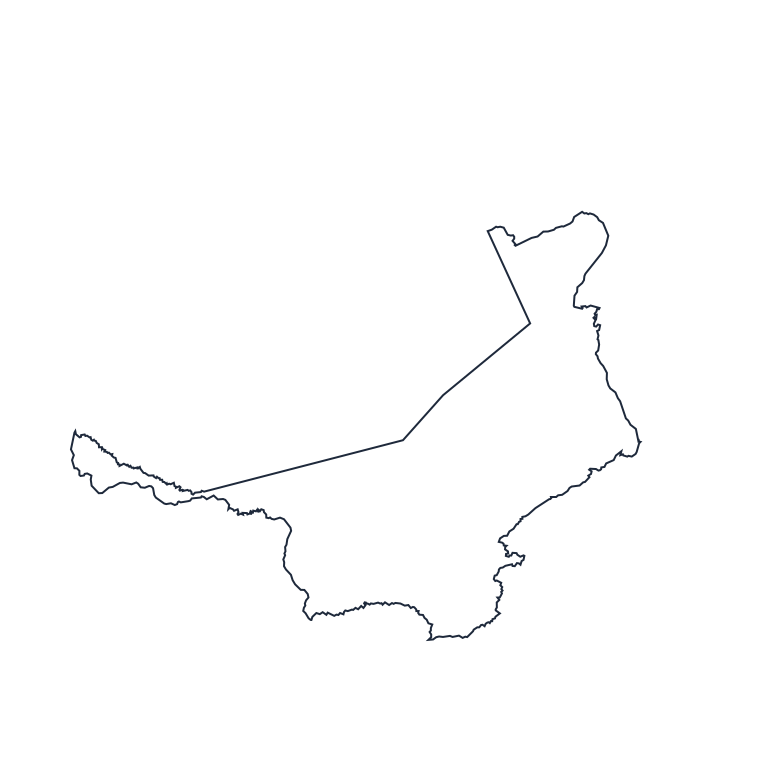 the district of Landázuri, Santander, Colombia, rotated 26°
{"feature_id": "7082276B67983395238238", "entity_name": "Landázuri", "entity_type": "district", "adm_level": 2, "iso_a3": "COL", "parent_name": "Colombia", "parent_adm1": "Santander", "projection": "mercator", "projection_center": [-73.893, 6.365], "detail": "fine", "context": "isolated", "style": "outline", "palette": "slate", "viewbox_px": 768, "rotation_deg": 26, "n_neighbors": 0, "source": "geoboundaries", "source_scale": "gbopen_adm2", "svg_char_len": 6165}
<svg xmlns="http://www.w3.org/2000/svg" viewBox="0 0 768 768"><g transform="rotate(26 384 384)"><path d="M536.1,594.5L540.1,592.1L541.9,588.7L544.2,586.8L547.9,585.5L553.7,581.5L556.5,581.3L561.7,577.3L566.0,577.7L567.8,575.5L569.7,575.0L572.4,567.2L572.3,565.5L574.5,561.8L576.3,560.9L576.9,558.1L578.1,557.2L580.6,557.6L580.5,554.9L581.5,553.1L582.6,552.2L583.9,552.5L584.1,550.1L585.2,549.7L584.6,547.8L586.5,546.0L586.2,544.3L588.7,539.4L583.7,538.5L583.2,537.7L583.4,535.4L581.1,530.9L582.3,527.5L579.6,526.2L581.6,525.1L581.7,524.2L581.8,520.5L580.5,519.5L581.1,517.7L579.4,516.9L579.3,514.7L576.8,513.9L576.5,511.3L571.5,511.2L570.4,512.3L568.2,511.2L567.5,507.7L569.1,506.4L569.3,502.3L568.6,500.3L569.2,498.3L571.2,496.9L572.8,494.2L578.1,489.9L579.3,491.2L581.4,490.4L582.0,486.7L583.9,486.1L585.9,486.6L585.3,482.8L586.5,480.9L585.5,476.9L584.5,476.9L582.2,479.5L578.7,479.0L577.3,477.9L573.5,479.4L573.6,482.4L572.1,483.1L571.9,484.6L568.9,485.1L568.2,483.2L569.9,481.9L568.8,480.1L565.3,479.6L564.4,477.4L565.0,475.7L562.4,476.6L561.4,475.1L559.7,474.8L556.4,475.6L556.0,471.9L558.3,468.0L561.2,466.4L561.3,461.6L563.9,457.3L564.6,451.9L565.7,451.3L565.8,448.7L566.9,447.5L565.9,445.5L567.5,444.5L566.6,442.8L569.1,440.9L570.9,438.1L574.5,429.2L582.9,415.2L583.9,414.5L584.3,413.2L583.6,412.4L588.3,410.1L589.3,407.7L592.7,405.5L595.9,399.7L596.3,396.1L597.6,393.9L604.3,389.5L606.1,385.1L607.6,383.9L609.5,377.7L607.8,376.8L609.5,374.1L608.9,371.5L606.0,371.1L606.4,369.8L611.8,367.5L614.7,367.8L615.9,366.8L616.5,365.5L615.9,363.7L618.5,361.9L618.5,358.0L623.8,351.7L623.8,346.6L626.8,340.4L627.6,344.4L629.5,342.5L630.4,343.3L634.5,342.6L635.2,341.4L638.5,340.6L640.8,336.6L640.9,334.4L639.3,325.4L639.9,323.6L638.5,323.9L637.8,323.1L637.6,323.7L630.1,314.0L623.4,312.6L619.5,309.8L616.5,308.9L603.8,296.0L600.4,294.2L595.7,290.1L589.3,288.8L586.4,286.9L582.1,282.1L579.5,276.3L573.1,271.7L569.5,270.3L565.1,267.3L563.8,265.5L561.3,264.3L560.8,262.9L561.8,260.0L560.1,254.3L557.4,250.5L556.3,250.2L555.5,246.4L552.3,243.0L553.7,241.2L552.5,236.4L550.3,236.7L549.5,239.4L547.6,239.8L546.2,237.9L546.1,233.8L543.3,232.7L543.7,231.6L546.0,232.1L544.8,228.5L543.6,229.4L542.5,228.5L543.2,226.0L542.7,223.5L544.4,222.5L544.4,221.2L535.3,222.9L532.5,226.4L530.9,225.7L527.7,227.7L529.2,228.7L529.1,229.5L521.3,231.2L520.3,230.5L516.5,221.1L517.2,216.6L515.4,212.3L517.9,206.4L518.2,203.0L516.8,199.1L516.7,196.5L522.4,170.7L522.7,162.1L520.6,152.4L510.2,143.2L505.3,142.6L502.5,140.6L498.1,139.8L494.3,140.4L493.2,141.8L491.0,141.7L489.3,142.9L486.6,142.4L481.7,150.5L482.2,155.3L480.9,158.2L476.3,163.8L474.7,164.3L470.1,168.3L469.1,170.9L464.6,175.0L460.4,177.2L457.4,184.1L452.6,188.0L441.6,202.1L440.6,201.8L440.8,200.7L436.8,199.0L437.3,196.3L436.5,194.6L434.8,193.7L432.9,195.0L429.8,195.7L423.1,191.0L419.5,191.7L417.4,193.3L415.8,193.5L413.2,198.1L410.2,201.1L488.8,265.5L442.0,368.2L425.7,426.2L269.5,559.6L266.9,559.9L266.8,561.4L261.8,564.5L260.9,567.1L259.1,567.0L258.4,565.6L256.5,564.6L255.3,565.6L253.9,565.3L250.3,568.2L250.2,567.4L249.3,567.4L247.3,569.3L246.5,568.9L246.4,566.0L244.9,565.6L242.5,568.5L242.1,567.5L240.5,567.6L238.4,564.9L236.2,567.6L234.6,567.8L233.2,569.4L232.3,568.5L232.1,569.2L229.5,568.4L228.0,569.0L226.6,567.3L224.8,568.3L223.6,567.0L222.6,567.5L220.6,566.9L220.4,568.5L217.6,568.1L216.9,567.2L212.6,569.5L208.4,568.8L206.8,569.3L202.2,567.0L200.9,565.6L199.9,567.8L199.3,568.0L198.9,567.1L196.0,569.6L195.4,569.0L193.8,569.9L192.0,568.7L191.3,570.1L189.0,568.9L188.4,569.3L189.5,570.0L185.1,569.7L182.2,573.6L181.5,572.3L180.1,572.8L179.6,571.5L178.2,571.6L175.1,568.1L173.4,568.5L170.9,567.8L170.5,566.1L169.2,567.1L166.8,566.3L165.8,567.1L164.6,566.5L162.3,567.3L162.3,565.6L159.8,565.8L159.0,565.1L158.9,566.0L158.0,564.5L155.6,565.8L154.1,563.2L151.6,562.9L149.9,561.5L148.4,561.9L147.7,561.3L147.0,562.6L145.3,562.4L143.6,560.4L142.9,561.1L139.8,560.6L138.4,561.6L137.1,560.6L134.2,562.7L134.8,564.4L133.8,565.4L129.1,564.2L127.2,561.7L127.1,563.4L131.3,580.0L136.4,583.9L137.0,589.2L142.7,595.4L145.0,594.4L148.3,595.6L150.0,599.2L151.6,599.7L154.4,597.8L154.4,596.0L156.5,594.5L161.2,594.6L162.3,598.4L165.8,603.6L175.5,607.2L178.6,605.5L182.1,597.7L185.3,595.4L190.0,588.7L192.7,587.0L201.1,584.8L204.5,581.1L206.8,581.4L210.6,583.5L214.5,582.1L217.6,578.6L219.8,578.0L222.1,578.9L226.2,584.5L228.7,586.1L238.9,587.8L240.9,587.4L244.8,584.6L249.0,584.5L250.7,582.7L250.5,580.5L251.2,579.5L253.2,579.5L259.6,575.0L260.9,573.8L261.4,571.1L269.2,566.3L269.3,564.9L271.6,564.5L275.2,565.3L279.8,558.9L285.3,560.6L289.8,557.9L292.2,557.7L297.8,560.5L299.0,564.7L299.6,563.0L303.3,562.9L304.8,563.7L307.4,560.8L309.4,563.0L309.3,565.0L310.3,565.6L312.2,563.3L314.6,563.2L313.4,561.8L317.4,560.1L318.4,561.1L320.1,559.3L321.5,559.0L321.8,557.9L319.9,557.8L319.8,556.7L322.5,556.8L322.0,555.1L324.7,554.6L325.0,553.0L326.9,553.9L327.3,553.6L326.2,552.0L328.3,552.5L328.6,550.4L331.1,550.1L332.3,551.8L335.3,552.9L336.8,555.7L339.2,555.1L340.1,553.9L342.1,554.5L344.7,553.9L349.1,549.7L353.4,549.4L362.9,554.1L364.9,556.7L365.1,565.8L366.8,571.2L366.6,573.9L368.8,577.6L368.8,580.0L370.2,581.2L370.4,585.8L372.4,587.9L374.0,591.6L377.2,593.7L384.0,596.3L387.9,600.4L391.9,603.0L399.4,605.5L402.7,604.0L407.5,606.2L409.7,609.0L408.8,612.6L409.1,616.0L410.4,617.6L410.1,620.2L410.9,623.4L414.0,624.4L418.9,627.6L421.4,628.2L422.2,627.9L421.7,624.7L423.6,619.5L427.2,619.0L428.9,616.0L433.4,616.7L433.6,614.2L440.9,614.2L442.4,612.1L444.3,611.6L444.9,609.1L448.5,608.8L448.0,606.4L448.5,604.5L451.0,604.0L454.1,600.8L455.3,600.6L456.5,597.7L459.5,597.8L460.8,593.5L463.7,594.3L464.3,591.0L462.3,589.9L462.4,588.7L463.6,588.4L464.4,589.3L465.5,588.5L467.8,588.6L468.4,587.0L471.0,586.2L474.5,583.1L476.8,583.0L477.9,582.1L479.5,583.0L480.6,579.8L485.5,580.4L487.2,577.4L489.0,577.4L490.2,575.8L495.0,574.1L499.8,574.1L502.8,572.0L506.3,573.6L507.7,571.7L509.1,571.4L511.8,572.5L512.6,573.9L514.6,572.9L515.1,574.8L516.9,575.8L520.3,574.5L523.0,576.5L525.7,577.1L528.8,579.6L532.8,579.0L533.1,582.8L534.2,585.1L533.7,586.9L536.2,588.4L537.4,590.9L536.1,594.5Z" fill="none" stroke="#1e293b" stroke-width="2"/></g></svg>